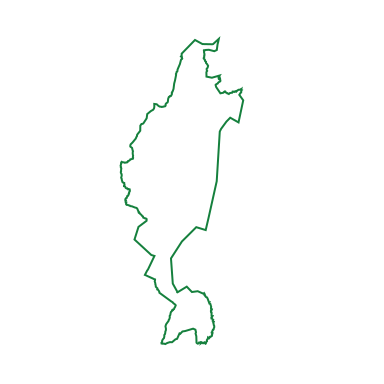 outline of Alcozauca de Guerrero, Guerrero, Mexico, rotated 24°
{"feature_id": "50627088B7685110871098", "entity_name": "Alcozauca de Guerrero", "entity_type": "district", "adm_level": 2, "iso_a3": "MEX", "parent_name": "Mexico", "parent_adm1": "Guerrero", "projection": "equal_earth", "projection_center": [-98.38, 17.368], "detail": "fine", "context": "isolated", "style": "outline", "palette": "green", "viewbox_px": 384, "rotation_deg": 24, "n_neighbors": 0, "source": "geoboundaries", "source_scale": "gbopen_adm2", "svg_char_len": 6009}
<svg xmlns="http://www.w3.org/2000/svg" viewBox="0 0 384 384"><g transform="rotate(24 192 192)"><path d="M126.3,69.8L127.0,71.4L126.8,72.7L128.0,72.8L128.3,73.8L128.8,74.1L128.8,74.4L128.3,75.3L128.2,75.8L128.9,80.0L129.0,85.8L129.1,86.4L129.5,87.4L129.5,87.9L129.1,88.5L129.3,89.3L129.3,90.8L129.8,91.3L131.1,97.0L131.6,100.1L133.2,105.4L133.3,106.8L133.4,107.2L133.3,107.5L133.4,108.4L133.2,108.6L133.3,109.1L133.2,109.8L133.8,110.5L133.8,112.3L133.7,112.8L132.9,113.2L132.8,113.5L132.8,114.1L132.5,114.2L132.2,114.6L132.3,116.4L133.2,119.4L133.2,120.2L132.5,121.2L132.2,122.3L132.2,122.7L132.7,123.6L132.7,124.4L132.6,124.6L131.9,125.0L131.6,125.4L131.2,125.5L130.7,126.1L130.1,126.3L129.6,126.7L128.9,126.7L127.9,127.1L126.4,127.0L124.1,126.2L121.7,126.9L122.9,129.4L123.3,131.0L123.1,132.6L121.5,134.8L119.4,139.0L120.6,143.1L119.7,148.8L119.5,149.4L118.9,150.0L118.2,150.4L117.8,152.4L119.8,157.1L118.6,161.9L118.7,162.6L119.0,163.2L118.8,164.6L118.9,165.3L118.8,166.5L118.4,167.7L118.3,168.2L117.5,171.1L116.6,173.3L116.6,174.0L116.9,175.2L117.2,175.6L119.3,176.1L120.9,178.2L121.5,178.7L121.5,179.2L122.0,180.6L122.9,182.2L123.4,182.7L123.8,184.4L124.3,184.7L124.5,185.6L123.0,186.9L122.4,187.2L122.3,188.1L121.9,188.9L121.0,189.7L121.0,190.8L120.8,191.2L120.3,191.3L120.0,191.8L119.3,192.1L118.8,192.6L117.7,192.6L116.7,193.1L115.5,193.0L115.3,193.7L115.4,194.5L115.7,194.9L115.9,195.8L116.1,197.1L116.5,197.4L116.7,197.9L117.0,198.1L117.0,198.5L117.8,199.1L117.9,199.8L118.1,200.1L118.6,201.7L118.8,201.9L118.8,202.6L119.2,203.4L120.3,204.2L120.5,204.7L120.9,205.0L121.3,206.4L121.4,207.5L121.6,207.6L121.8,208.1L122.6,208.7L122.8,209.3L124.4,211.2L124.9,211.2L125.4,211.5L126.4,211.3L126.7,211.9L127.3,212.6L127.3,213.8L127.5,214.3L128.1,214.1L128.7,214.2L128.9,214.3L129.2,214.8L129.7,215.2L130.8,215.4L131.1,215.3L131.4,215.0L132.1,215.3L132.4,215.2L132.6,215.5L133.9,214.9L134.5,215.6L134.9,216.8L134.7,217.2L134.8,217.5L134.7,217.9L134.9,218.9L135.2,219.2L134.9,219.8L135.2,220.9L135.1,221.5L134.5,222.1L134.7,222.5L134.6,223.2L134.8,223.9L134.2,224.5L134.3,225.1L134.0,225.6L134.4,226.6L135.1,226.7L135.1,227.6L135.6,228.4L136.2,228.3L136.2,228.8L136.9,230.1L137.7,230.3L138.1,230.0L139.9,229.9L140.6,229.7L141.3,230.0L143.0,229.5L146.1,229.4L147.8,229.1L148.8,229.5L149.8,230.5L150.4,230.9L150.8,231.5L151.9,231.9L152.3,232.2L151.9,232.3L151.8,232.6L152.0,232.7L152.7,232.6L153.3,233.0L155.1,233.5L156.0,234.1L156.9,234.2L157.4,234.5L157.8,235.2L159.9,235.2L160.4,234.9L161.6,235.2L162.2,236.8L157.3,245.6L158.8,258.8L180.4,266.1L183.7,265.7L183.3,280.8L183.0,281.9L182.7,286.9L193.2,287.0L193.8,286.9L194.0,287.3L194.3,288.8L195.6,290.3L196.1,291.3L196.5,291.6L197.5,293.3L199.6,294.1L199.8,294.4L199.9,295.1L200.5,295.0L201.9,295.8L202.6,296.3L203.2,297.3L217.5,300.4L219.2,300.6L220.0,301.1L222.5,301.7L223.2,302.1L223.3,303.9L223.1,305.0L223.2,306.3L222.7,306.9L222.7,307.4L222.2,307.4L221.9,308.0L221.9,308.4L222.1,309.0L221.6,310.1L221.7,311.3L222.2,313.1L222.0,314.3L222.8,315.8L223.0,317.7L222.8,318.5L223.0,319.4L222.2,323.0L222.2,324.1L222.4,325.5L223.8,327.5L224.2,328.5L224.4,329.2L224.4,330.3L224.9,331.7L225.1,333.0L224.9,333.4L224.9,334.0L225.5,335.3L225.8,336.9L225.3,338.5L225.2,339.8L225.4,340.6L225.7,341.0L225.4,342.2L225.8,342.8L227.0,342.5L228.1,341.9L229.4,341.8L230.8,340.0L232.8,338.2L234.9,337.3L236.8,333.3L238.1,332.2L238.1,326.3L238.9,326.4L240.0,323.3L242.3,321.8L248.6,316.4L251.1,316.4L251.5,316.9L252.7,318.5L252.8,319.8L254.6,322.0L257.4,327.8L258.0,328.1L259.0,328.2L259.4,327.8L259.7,326.6L260.5,326.6L260.8,325.8L261.3,325.9L261.7,325.4L262.0,325.5L262.0,326.1L262.3,325.6L263.4,325.7L263.5,325.2L264.1,325.2L264.5,324.4L265.5,325.0L266.1,325.1L266.2,324.8L266.2,324.2L266.0,323.0L266.4,322.2L265.8,321.3L266.0,319.8L266.2,319.6L266.0,319.0L266.4,319.2L267.0,319.0L267.2,318.4L266.8,317.6L267.4,316.8L267.9,316.8L268.0,316.3L268.7,315.4L268.4,314.0L267.9,313.6L268.2,312.8L268.0,312.2L267.1,312.0L267.3,311.4L267.1,310.4L267.1,309.5L267.5,309.3L267.6,308.9L267.6,308.5L267.3,307.8L267.4,306.9L267.2,306.1L266.9,305.7L266.7,305.2L265.9,304.6L265.5,303.8L264.5,302.7L264.7,302.1L264.7,301.6L263.3,301.4L263.2,301.1L263.3,300.1L262.5,299.9L261.7,299.4L261.2,299.6L260.8,298.9L261.2,298.0L261.2,297.1L260.5,297.5L260.2,297.1L258.9,294.1L258.4,294.2L257.9,293.5L257.5,292.5L258.0,291.6L257.9,291.0L257.6,291.0L257.3,291.3L257.0,291.1L256.4,290.1L256.3,289.2L254.3,286.8L253.3,286.9L252.8,286.2L252.8,285.8L252.5,286.0L249.4,282.8L248.5,282.2L248.2,282.3L247.4,282.2L246.5,281.8L246.4,281.4L245.8,280.9L245.4,281.0L245.2,280.3L244.9,280.0L244.6,280.2L244.1,279.6L243.7,280.3L237.6,280.3L232.6,283.4L225.7,280.6L219.5,289.6L219.4,289.6L219.4,289.3L211.7,283.5L199.8,261.2L202.9,241.3L210.2,222.4L220.0,221.2L217.7,209.2L210.2,172.1L192.8,125.5L192.9,122.5L194.8,113.7L196.7,108.6L206.2,109.5L201.5,87.4L195.7,84.0L196.1,81.2L196.4,81.0L195.7,79.0L195.9,78.6L195.3,78.5L195.2,78.0L195.0,78.4L194.6,78.4L194.3,79.0L192.9,79.7L192.2,80.8L191.5,82.5L191.0,82.3L190.9,82.1L190.2,82.7L189.9,83.4L188.6,83.5L188.3,83.7L188.5,84.3L188.2,85.1L187.8,85.2L186.2,86.4L185.8,87.5L184.9,87.4L184.3,87.6L183.9,87.3L183.1,87.4L182.6,87.2L182.0,87.3L181.6,86.8L181.2,87.2L180.9,87.0L180.6,87.4L180.2,88.6L177.8,90.3L171.4,86.3L170.0,84.6L170.2,83.9L171.4,82.3L171.4,81.6L171.7,80.9L172.8,79.4L172.6,78.6L172.3,78.3L171.7,77.3L171.4,77.8L170.8,78.0L170.4,77.7L170.3,76.9L169.8,76.8L169.7,76.6L170.3,75.8L170.2,75.4L169.7,75.0L169.8,74.4L163.7,79.5L158.3,80.7L156.5,76.9L156.4,76.1L156.6,75.2L156.0,74.8L155.3,73.6L155.7,72.1L155.4,70.2L153.7,69.0L152.3,68.4L152.0,68.0L151.8,67.3L150.6,67.0L150.4,66.6L149.8,66.1L149.8,65.8L148.4,65.3L148.2,64.8L148.3,63.9L148.1,63.8L148.1,63.3L147.7,62.6L147.8,62.3L147.7,61.8L147.4,61.5L147.3,60.9L146.3,59.7L145.9,58.8L145.2,57.7L145.3,57.5L146.3,57.3L146.7,56.7L149.6,55.2L155.1,54.3L156.9,52.2L155.2,46.4L155.0,44.9L154.2,41.2L151.1,48.3L150.4,48.8L141.4,52.6L132.9,51.9L126.3,69.8Z" fill="none" stroke="#15803d" stroke-width="2"/></g></svg>